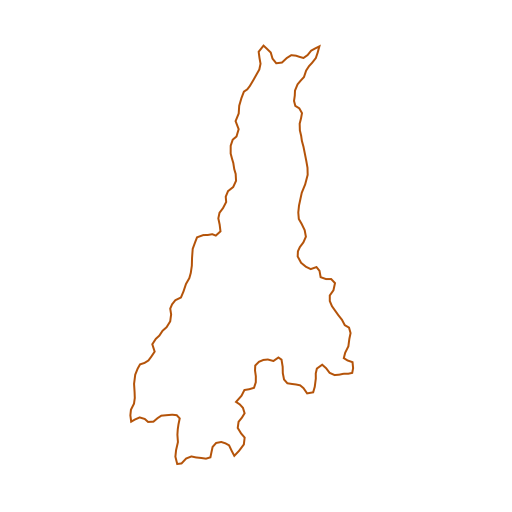 outline of Joanésia, Minas Gerais, Brazil, rotated 186°
{"feature_id": "56859067B98397226350347", "entity_name": "Joanésia", "entity_type": "district", "adm_level": 2, "iso_a3": "BRA", "parent_name": "Brazil", "parent_adm1": "Minas Gerais", "projection": "equal_earth", "projection_center": [-42.708, -19.227], "detail": "fine", "context": "isolated", "style": "outline", "palette": "amber", "viewbox_px": 512, "rotation_deg": 186, "n_neighbors": 0, "source": "geoboundaries", "source_scale": "gbopen_adm2", "svg_char_len": 2868}
<svg xmlns="http://www.w3.org/2000/svg" viewBox="0 0 512 512"><g transform="rotate(186 256 256)"><path d="M312.6,40.9L308.4,41.9L304.3,47.3L299.3,49.9L294.7,49.4L289.5,49.4L284.6,49.2L280.3,51.0L279.8,56.1L279.2,61.6L276.1,65.9L271.1,67.4L266.8,66.5L263.0,64.9L259.9,59.8L256.7,55.0L252.6,60.3L248.4,67.3L248.3,74.2L252.3,78.0L256.2,83.1L256.0,89.3L253.1,93.8L250.9,98.4L253.1,103.6L256.6,106.7L260.6,108.8L255.8,115.5L253.5,121.5L248.8,122.8L244.2,124.7L243.0,130.4L243.6,136.4L245.0,142.0L245.3,147.0L242.0,151.1L237.8,153.4L233.4,154.3L227.7,153.4L223.1,157.4L219.8,155.6L217.9,148.6L217.1,142.3L215.2,136.1L211.5,132.7L207.2,132.5L202.8,132.4L198.6,132.0L195.0,129.6L190.8,124.7L184.9,126.4L183.9,132.0L183.7,140.3L184.3,145.5L183.7,150.4L178.8,154.8L174.5,151.7L170.6,147.5L165.4,145.8L160.7,146.7L156.8,148.0L151.8,148.6L148.1,149.8L147.7,154.6L148.9,160.5L154.1,161.7L158.0,163.6L157.2,169.1L154.7,175.8L154.5,183.3L153.9,189.2L156.0,194.5L160.5,196.5L163.8,201.5L167.8,205.6L171.5,209.8L175.2,214.0L177.9,218.9L178.5,224.5L175.4,230.0L174.6,237.3L178.8,240.9L184.1,240.4L189.5,241.7L191.3,247.9L194.7,251.3L200.2,248.7L205.2,250.5L210.4,253.9L214.5,259.9L214.8,265.1L213.3,269.5L210.3,274.5L208.4,280.4L210.3,286.8L213.9,292.6L217.3,297.3L218.5,303.7L218.5,310.7L217.9,316.3L217.1,323.7L214.6,332.3L213.1,342.1L214.0,349.1L215.8,355.4L218.3,363.5L220.2,369.6L222.4,375.3L223.7,380.4L225.5,385.5L226.4,392.2L225.6,397.7L225.2,402.9L228.4,407.4L232.6,409.4L234.4,414.2L234.2,419.5L234.5,424.6L232.6,431.1L229.9,435.1L227.0,439.0L225.5,445.7L223.1,450.4L220.4,454.0L217.2,459.1L216.0,464.4L214.9,471.1L218.7,468.7L222.6,466.0L225.7,461.2L229.5,457.9L233.6,458.6L237.2,459.4L241.9,459.4L246.1,456.1L250.4,451.1L256.0,449.8L260.2,454.0L262.6,459.9L266.9,463.3L270.5,466.0L274.7,459.4L273.2,453.2L271.6,447.7L272.2,441.8L274.2,437.2L277.0,430.7L279.9,424.4L282.1,420.8L285.2,418.2L287.0,411.5L288.4,403.7L288.1,395.9L290.4,388.0L286.5,380.3L287.9,372.8L291.3,369.3L292.7,363.0L291.9,355.2L290.0,350.2L288.3,346.1L286.7,340.1L284.8,335.5L283.7,328.7L285.9,322.2L290.6,317.6L292.3,311.8L291.3,306.6L293.8,300.2L296.8,295.2L297.4,289.5L295.4,283.3L293.9,276.8L298.1,272.1L301.8,273.1L306.0,271.9L310.6,271.3L316.6,268.4L317.9,263.6L319.7,256.5L319.4,247.4L318.8,239.6L319.1,232.3L320.0,227.0L322.7,220.9L324.4,213.2L326.3,206.9L331.6,203.6L334.4,199.2L335.8,194.7L334.3,189.0L334.5,182.0L337.5,175.8L341.1,171.9L343.8,166.7L347.0,163.1L349.9,157.4L346.8,150.3L349.7,144.8L352.1,140.8L355.7,138.0L360.0,136.1L361.9,131.7L363.7,125.4L363.9,116.1L362.5,107.8L361.7,102.1L361.9,96.4L364.3,90.1L364.3,84.4L362.8,78.2L359.2,80.8L354.8,83.3L349.6,82.3L346.0,79.7L340.7,80.5L336.9,84.5L333.5,87.3L328.5,88.3L322.7,89.4L318.2,89.4L314.9,86.5L315.5,80.5L315.7,75.6L315.5,70.1L314.2,62.8L315.2,54.5L315.2,48.0L312.6,40.9Z" fill="none" stroke="#b45309" stroke-width="2"/></g></svg>